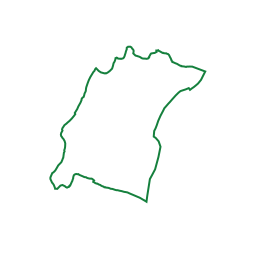 Abu Tig, Asyut, Egypt (Natural Earth projection), rotated 44°
{"feature_id": "37247803B24325700494067", "entity_name": "Abu Tig", "entity_type": "district", "adm_level": 2, "iso_a3": "EGY", "parent_name": "Egypt", "parent_adm1": "Asyut", "projection": "natural_earth1", "projection_center": [31.279, 27.037], "detail": "fine", "context": "isolated", "style": "outline", "palette": "green", "viewbox_px": 256, "rotation_deg": 44, "n_neighbors": 0, "source": "geoboundaries", "source_scale": "gbopen_adm2", "svg_char_len": 3592}
<svg xmlns="http://www.w3.org/2000/svg" viewBox="0 0 256 256"><g transform="rotate(44 128 128)"><path d="M191.1,168.5L192.5,168.2L188.9,163.3L179.2,149.5L178.0,145.1L176.2,138.9L170.1,127.8L164.4,118.9L159.3,116.3L154.8,115.9L152.5,116.3L151.8,115.5L148.9,111.9L148.1,109.2L146.8,106.1L144.8,101.9L143.0,97.0L142.8,96.4L142.1,94.0L141.3,91.2L140.4,88.5L140.4,87.9L140.3,85.8L140.1,82.2L140.1,80.3L139.9,76.7L139.7,71.4L139.8,67.4L140.1,65.0L142.7,60.1L144.0,57.1L146.1,57.5L146.4,55.3L146.9,52.9L147.2,50.5L147.5,47.4L147.1,42.7L145.5,37.6L144.3,33.7L131.6,39.2L130.8,39.9L130.5,40.2L129.5,41.1L129.2,41.5L127.7,42.9L127.4,43.7L125.6,44.8L124.6,45.6L123.5,46.5L123.2,46.3L121.8,47.1L120.4,47.4L118.7,47.8L116.9,48.6L115.9,48.9L114.1,49.7L113.8,49.3L112.4,49.3L112.0,48.9L111.0,48.5L110.0,48.1L108.9,47.8L107.9,47.4L106.8,47.0L106.5,47.0L105.4,47.0L104.7,47.4L104.0,47.7L103.7,47.7L103.3,48.1L102.3,48.9L101.3,49.6L100.9,49.6L100.6,50.0L97.7,50.7L96.7,51.1L95.7,51.1L95.7,51.5L94.6,52.6L95.7,53.4L95.0,55.6L94.6,56.0L93.2,57.9L92.9,58.3L92.9,59.0L93.2,60.2L93.9,62.8L94.2,62.8L94.2,63.9L93.5,65.1L93.2,65.4L92.1,66.2L91.4,66.9L90.4,67.7L89.7,68.1L88.7,68.4L88.0,68.4L86.9,68.8L85.9,69.2L85.2,69.6L84.5,69.9L83.8,70.3L83.1,70.7L82.4,70.7L80.0,70.7L78.9,69.1L78.2,68.4L77.2,68.0L75.8,68.0L74.4,67.6L73.0,68.0L72.7,68.4L71.6,69.5L71.6,69.9L71.3,71.0L71.9,71.8L72.3,72.1L72.5,72.5L73.3,74.4L74.0,75.5L74.4,76.3L75.1,77.8L75.4,78.2L75.7,79.0L76.1,80.1L76.1,81.2L75.7,82.0L75.0,83.1L74.7,83.1L74.0,83.9L73.6,84.2L72.6,85.0L72.2,85.0L71.6,85.0L71.2,85.4L70.9,85.4L70.5,86.5L71.2,87.2L71.5,88.0L72.2,89.5L72.6,91.4L74.0,93.7L75.3,96.3L75.3,99.4L75.0,101.6L74.6,103.1L74.2,104.1L73.6,104.3L73.2,105.0L69.7,106.9L69.4,106.9L67.3,107.3L63.5,107.2L63.5,108.0L63.5,108.4L64.2,110.3L64.2,111.4L64.2,111.8L65.5,117.5L66.6,120.9L67.3,122.5L67.9,123.9L69.7,127.7L70.7,129.2L71.4,130.0L72.1,131.1L72.8,133.4L73.5,134.5L74.5,136.4L74.2,137.9L74.5,139.4L75.2,140.2L76.2,142.8L77.3,147.0L78.3,149.6L79.3,154.2L80.4,154.6L80.7,156.5L80.8,157.7L81.0,160.2L81.0,163.6L80.7,166.3L80.7,167.4L80.3,170.1L80.7,172.1L81.0,173.8L81.7,175.0L82.7,175.4L83.4,178.0L84.4,179.5L85.8,180.3L86.5,180.3L87.9,180.7L89.0,180.7L91.4,181.4L93.5,182.6L94.5,183.7L95.9,185.3L96.9,186.8L97.6,188.3L98.3,188.7L98.7,189.0L99.0,190.2L100.4,192.1L102.1,194.4L102.1,194.7L103.1,197.0L103.8,198.9L103.8,200.8L103.8,203.4L104.5,206.1L105.2,209.1L105.2,211.8L104.8,212.9L105.2,214.0L106.5,217.4L107.2,218.2L107.6,218.6L111.4,220.1L112.4,220.1L114.2,220.5L115.9,221.3L116.6,221.6L117.8,222.3L118.0,222.0L119.4,220.9L119.4,220.1L119.4,218.6L119.4,217.1L119.4,216.4L119.8,215.6L120.1,215.2L120.5,214.5L121.9,214.1L122.9,213.7L124.3,213.7L125.0,213.4L125.3,213.4L125.7,213.0L125.7,212.6L126.4,211.5L126.4,210.7L126.4,210.0L126.0,210.0L126.1,208.8L125.0,205.8L124.7,204.7L124.0,203.5L123.6,202.4L122.9,201.6L122.3,200.5L121.9,199.7L121.9,199.0L121.9,198.6L122.6,197.1L123.7,196.4L124.4,195.6L125.4,195.6L128.2,194.5L130.3,193.7L130.6,193.7L131.0,193.4L132.0,192.6L133.4,192.3L134.8,191.5L135.6,191.0L135.9,190.8L136.6,190.0L137.2,189.6L139.0,189.3L140.0,189.3L140.0,190.0L140.4,190.9L140.7,190.8L142.1,190.4L142.8,190.4L143.5,190.0L144.2,189.7L144.6,189.3L146.3,188.9L147.7,188.2L148.4,188.2L149.8,187.8L151.2,187.1L152.2,187.1L152.9,186.3L153.3,186.3L155.3,184.8L156.0,184.4L157.8,183.7L159.2,182.6L161.6,181.5L163.0,180.7L163.7,180.0L165.8,178.8L166.8,178.1L167.5,177.7L169.6,176.6L170.7,175.8L172.4,174.7L174.5,174.0L176.6,173.2L177.3,172.9L183.1,170.7L184.6,170.1L185.3,169.9L191.1,168.5Z" fill="none" stroke="#15803d" stroke-width="2"/></g></svg>